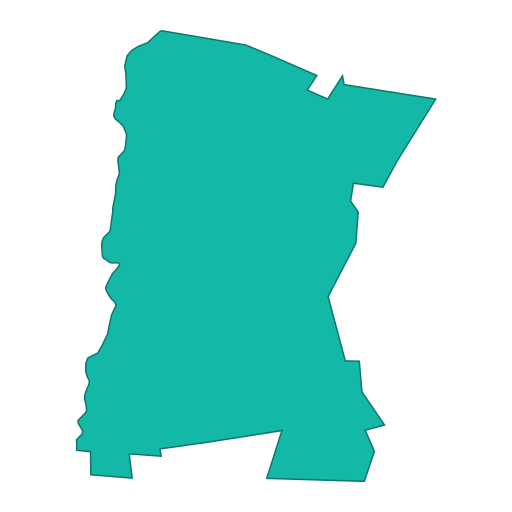 the district of Sullivan, New Hampshire, United States of America
{"feature_id": "52423323B69622605067069", "entity_name": "Sullivan", "entity_type": "district", "adm_level": 2, "iso_a3": "USA", "parent_name": "United States of America", "parent_adm1": "New Hampshire", "projection": "mercator", "projection_center": [-72.337, 43.365], "detail": "fine", "context": "isolated", "style": "filled", "palette": "teal", "viewbox_px": 512, "rotation_deg": 0, "n_neighbors": 0, "source": "geoboundaries", "source_scale": "gbopen_adm2", "svg_char_len": 1596}
<svg xmlns="http://www.w3.org/2000/svg" viewBox="0 0 512 512"><path d="M161.7,30.7L159.8,31.5L147.6,42.7L137.9,46.6L131.5,50.6L127.1,55.8L124.9,65.3L124.8,66.9L125.9,74.1L126.4,87.6L124.4,93.1L120.4,99.7L119.3,100.7L116.8,100.5L115.6,103.9L115.7,107.1L113.8,113.9L113.9,116.4L115.4,119.0L120.1,123.0L123.4,126.5L126.1,133.1L126.5,134.8L126.4,137.8L125.5,145.8L124.7,149.8L123.6,151.5L118.7,156.7L118.0,158.0L117.9,160.2L119.4,173.5L118.9,175.3L117.0,179.8L115.8,185.6L115.6,192.9L115.3,194.8L112.8,207.9L112.7,212.0L111.7,219.4L110.2,230.2L109.2,232.1L103.7,237.5L102.1,241.4L101.7,244.9L102.3,255.1L102.6,256.7L103.5,258.1L110.1,262.6L112.5,262.9L118.2,262.8L119.7,263.7L119.1,265.5L116.0,269.9L113.3,272.6L112.1,274.3L108.2,281.9L108.2,282.0L106.5,285.2L105.6,287.8L105.7,289.0L106.8,291.6L111.0,298.6L114.5,301.8L115.7,304.1L116.0,305.6L111.6,314.8L107.4,334.4L102.1,345.4L97.8,352.9L88.3,357.7L87.5,358.7L85.9,363.0L85.7,371.3L87.3,376.9L89.0,380.1L89.4,381.6L89.3,381.9L88.9,384.4L86.6,389.4L84.7,395.3L84.6,398.9L86.0,404.9L86.6,410.8L85.7,412.5L77.9,420.6L78.5,423.8L82.4,430.4L82.6,432.8L81.6,434.5L76.3,440.0L76.8,441.9L76.6,450.2L76.6,450.3L90.5,451.7L90.8,474.8L132.2,478.1L129.2,453.8L161.2,456.2L160.0,448.9L208.4,442.1L281.9,430.6L266.7,478.4L364.3,481.3L374.4,451.5L365.2,430.2L384.5,425.0L361.9,391.8L359.3,361.2L345.3,360.9L328.1,296.5L336.1,281.2L355.8,243.3L358.2,212.1L350.6,201.0L353.4,183.2L382.9,187.2L397.5,160.4L435.7,99.1L344.1,84.6L342.5,75.8L327.6,99.1L307.3,90.1L316.8,75.5L271.8,55.9L246.0,45.1L161.7,30.7Z" fill="#14b8a6" stroke="#0f766e" stroke-width="1.5"/></svg>